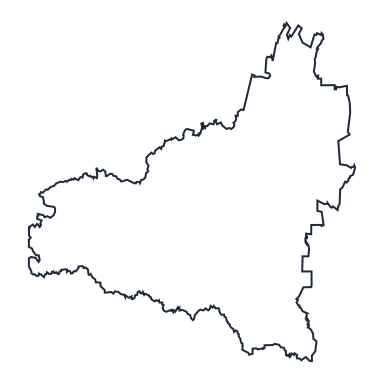 outline of Tlalixcoyan, Veracruz, Mexico
{"feature_id": "50627088B62084484750594", "entity_name": "Tlalixcoyan", "entity_type": "district", "adm_level": 2, "iso_a3": "MEX", "parent_name": "Mexico", "parent_adm1": "Veracruz", "projection": "equal_earth", "projection_center": [-96.202, 18.773], "detail": "fine", "context": "isolated", "style": "outline", "palette": "slate", "viewbox_px": 384, "rotation_deg": 0, "n_neighbors": 0, "source": "geoboundaries", "source_scale": "gbopen_adm2", "svg_char_len": 5935}
<svg xmlns="http://www.w3.org/2000/svg" viewBox="0 0 384 384"><path d="M321.6,33.1L321.4,35.0L316.9,33.2L316.4,35.0L314.5,34.5L310.6,47.3L302.5,42.6L298.9,34.0L301.7,28.3L298.3,25.5L291.3,36.5L289.9,35.1L288.3,38.9L286.9,34.8L290.2,28.0L286.6,23.0L285.5,26.1L284.2,24.4L283.5,25.8L284.5,27.1L278.8,36.9L280.2,38.6L278.6,37.1L277.5,43.1L276.2,42.8L272.7,61.0L271.4,55.5L269.8,57.3L267.3,56.7L266.4,58.6L265.4,72.4L269.3,73.6L270.2,75.5L269.9,76.2L268.5,78.2L266.1,78.2L260.8,76.5L254.2,76.9L254.6,75.5L252.1,74.5L243.6,110.0L241.1,109.4L237.8,112.2L237.7,116.0L235.6,115.7L236.1,118.8L235.5,121.0L233.5,122.7L234.4,124.0L233.9,126.8L231.2,129.1L229.6,128.0L226.4,128.9L222.2,125.4L221.0,122.6L216.9,124.2L215.9,121.7L216.3,119.9L215.7,119.8L214.2,120.9L213.6,124.2L209.7,123.4L207.2,126.2L205.2,126.2L205.0,128.2L203.8,127.5L202.9,122.9L201.3,123.7L202.5,128.7L201.9,128.5L200.4,133.1L199.2,133.3L199.7,134.3L198.6,135.7L197.8,134.7L195.8,135.5L192.8,134.8L193.9,131.8L193.6,130.6L187.1,129.0L185.6,129.6L183.9,132.3L183.1,135.3L183.7,135.7L183.4,138.3L181.5,139.7L178.8,140.3L175.6,137.2L172.6,139.2L171.6,138.4L171.0,139.8L170.1,139.3L165.9,141.2L165.0,140.6L163.7,146.0L161.7,146.6L161.2,148.9L159.5,147.3L155.1,150.7L154.5,153.4L153.1,154.0L151.4,152.6L146.6,157.2L146.3,162.0L148.5,165.9L147.4,169.1L148.2,171.2L146.1,173.3L145.3,177.6L143.2,179.7L141.2,179.9L139.9,183.2L139.5,182.2L137.4,181.8L136.1,182.3L136.0,183.3L134.4,183.3L127.2,179.8L121.3,181.5L119.6,179.3L118.0,179.2L116.1,176.3L113.3,175.8L112.1,173.8L109.9,173.9L106.8,176.2L105.8,176.0L105.3,171.5L103.0,169.7L100.6,171.3L98.6,171.0L96.3,167.8L97.3,176.0L96.9,178.1L94.3,176.8L93.5,178.3L93.0,177.0L91.6,177.2L90.4,175.8L89.3,176.3L86.8,174.8L86.8,173.5L85.2,173.3L83.1,174.6L82.6,177.5L80.4,177.1L78.3,180.2L74.4,178.2L73.7,179.6L71.4,178.9L71.2,179.8L68.7,180.2L66.9,181.8L65.8,180.9L63.1,182.1L60.4,181.7L56.2,183.4L54.3,185.7L50.4,187.1L47.7,189.8L46.1,189.4L42.9,192.6L40.8,192.2L40.3,193.7L39.0,194.3L39.9,196.1L42.9,197.1L44.0,202.0L43.7,203.4L46.8,205.8L54.3,207.0L55.1,208.5L55.0,211.9L53.7,215.2L50.3,217.8L47.3,216.2L44.6,217.2L43.5,215.3L37.9,213.9L38.4,215.7L37.2,216.2L37.2,218.9L41.6,220.4L40.3,223.3L41.0,224.9L40.3,226.6L39.5,227.1L38.2,224.7L36.8,223.9L34.9,227.0L32.8,224.6L29.8,226.6L29.7,227.8L28.9,227.6L29.0,235.4L30.7,237.6L28.9,239.5L28.9,246.9L32.1,248.6L32.9,251.1L36.2,255.3L38.8,255.4L39.7,260.0L38.6,261.9L35.5,257.8L30.9,257.0L28.9,258.4L28.9,266.5L31.3,271.3L31.5,273.3L33.2,274.5L34.8,274.3L36.6,276.0L38.3,275.7L39.0,273.8L39.4,274.6L40.9,274.3L43.9,277.2L45.3,274.3L46.4,274.1L46.9,272.2L49.4,274.1L51.5,273.7L51.8,271.9L53.4,271.4L53.8,272.8L55.7,273.0L56.2,272.2L58.3,274.2L59.2,273.7L59.5,271.6L61.0,271.2L61.2,269.9L65.6,269.3L67.0,269.6L67.0,271.8L68.0,270.7L70.0,271.2L71.1,273.6L72.7,273.1L73.7,271.3L75.7,271.4L78.5,268.0L78.5,266.5L82.2,266.1L83.6,266.8L83.7,268.0L86.0,267.7L88.0,269.8L88.5,274.3L89.2,275.0L90.7,274.0L92.4,277.3L95.2,279.4L95.8,282.3L100.5,282.6L100.5,286.1L104.7,290.1L104.8,292.7L111.2,292.0L113.3,293.6L115.0,291.4L118.3,291.9L121.1,294.3L124.3,294.7L125.3,297.3L125.8,295.6L128.8,297.8L131.6,296.3L131.6,299.0L132.4,299.2L134.5,298.0L135.1,295.3L137.2,294.8L137.7,291.9L139.5,291.2L140.2,292.8L141.7,293.6L142.8,291.8L144.1,294.9L145.0,293.8L149.0,295.4L149.4,296.7L150.9,297.3L151.2,299.2L154.8,301.4L156.3,300.2L158.0,301.0L159.0,300.3L159.4,302.5L162.4,302.6L162.1,304.5L163.6,305.1L162.7,308.2L163.7,310.5L166.3,311.8L169.0,310.5L170.9,310.8L171.4,309.6L172.3,309.9L173.3,312.2L174.2,310.4L175.2,311.8L178.0,307.1L178.8,308.2L178.3,310.0L179.5,308.2L179.6,310.6L182.3,309.9L186.6,311.8L187.7,313.9L190.2,315.0L191.0,318.2L192.8,320.1L193.9,319.3L194.9,315.0L199.0,310.4L200.6,309.6L203.3,310.5L205.7,308.4L208.2,310.4L209.9,308.7L210.6,305.9L212.6,307.6L213.8,305.9L215.6,308.4L218.7,308.2L220.0,312.9L221.4,314.8L224.1,314.6L224.4,316.6L226.1,317.8L226.5,320.7L227.8,321.7L227.7,322.9L229.8,324.5L229.9,326.0L231.4,327.8L233.4,329.0L234.0,332.0L235.9,330.5L237.3,331.2L237.7,333.6L238.7,334.1L238.7,336.3L240.5,339.3L240.9,342.4L242.6,343.8L242.4,349.9L248.2,352.7L249.1,354.7L252.6,353.8L252.6,348.7L256.1,348.3L258.0,349.4L263.1,348.1L263.1,348.8L264.5,348.1L264.5,345.3L272.8,345.0L274.7,343.9L279.1,344.8L280.8,347.2L284.0,347.8L284.7,350.4L286.0,351.2L285.8,354.7L286.8,355.8L287.9,354.9L289.3,356.6L289.7,354.5L290.6,355.9L291.5,353.5L294.1,354.9L294.5,353.3L297.1,355.0L296.6,356.3L297.2,358.4L299.6,358.5L301.3,360.2L305.8,357.0L309.5,360.8L311.9,361.0L311.9,355.6L315.3,351.3L316.5,341.3L313.4,338.9L313.1,333.7L310.9,329.5L308.3,327.4L307.2,328.0L308.8,325.9L307.9,325.0L308.5,324.8L307.9,324.1L308.6,323.8L308.1,323.1L308.9,321.1L307.8,319.5L306.9,320.5L306.3,319.7L307.1,319.4L306.8,317.6L305.9,317.6L306.7,315.7L306.5,314.0L307.4,313.4L302.5,311.2L301.1,308.2L299.5,307.3L299.6,305.5L298.3,305.4L296.5,302.2L298.0,299.8L296.4,298.9L298.9,296.6L303.4,287.3L311.2,287.1L311.6,285.1L311.5,271.4L302.2,271.5L302.6,256.3L308.4,256.3L309.1,249.2L308.3,244.9L307.1,244.9L307.2,243.2L305.9,243.1L306.1,241.5L305.4,241.5L305.4,238.3L307.0,238.2L307.0,236.3L306.0,236.3L306.1,233.6L311.2,234.2L311.3,225.0L321.4,224.9L321.6,225.9L323.6,225.2L321.7,211.8L317.4,210.9L317.4,200.6L324.2,204.1L327.4,203.8L327.5,202.8L330.3,206.8L331.7,207.7L333.0,206.4L337.6,210.0L338.1,206.4L339.6,204.2L340.2,189.3L342.4,187.5L345.2,181.6L346.6,182.5L348.5,180.5L348.5,178.7L350.0,177.6L350.0,176.2L353.0,174.8L355.1,167.6L354.3,165.5L353.9,166.9L352.0,166.8L351.0,167.9L346.7,165.3L340.0,164.3L338.3,141.1L349.6,134.6L347.8,131.9L350.2,112.7L349.7,102.7L348.1,95.5L347.1,95.3L346.9,85.8L339.0,87.4L336.5,86.7L336.2,89.3L334.7,89.3L334.6,85.1L321.2,85.3L321.2,78.7L317.8,78.7L318.4,74.8L317.1,77.0L316.3,76.7L313.9,71.6L315.1,62.9L314.7,59.6L316.0,55.9L316.2,52.9L318.0,49.3L316.8,49.3L317.1,47.8L321.2,42.9L321.8,40.5L323.5,38.9L322.7,34.3L321.6,33.1Z" fill="none" stroke="#1e293b" stroke-width="2"/></svg>